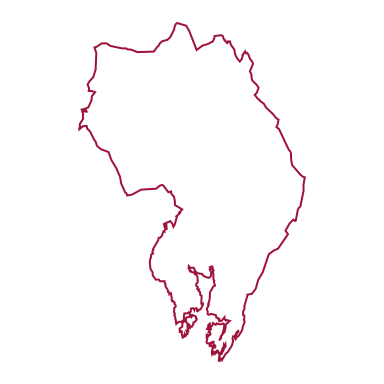 outline of Sarpsborg nor, Østfold, Norway
{"feature_id": "86288312B37493332543742", "entity_name": "Sarpsborg nor", "entity_type": "district", "adm_level": 2, "iso_a3": "NOR", "parent_name": "Norway", "parent_adm1": "Østfold", "projection": "albers", "projection_center": [11.136, 59.264], "detail": "fine", "context": "isolated", "style": "outline", "palette": "rose", "viewbox_px": 384, "rotation_deg": 0, "n_neighbors": 0, "source": "geoboundaries", "source_scale": "gbopen_adm2", "svg_char_len": 6004}
<svg xmlns="http://www.w3.org/2000/svg" viewBox="0 0 384 384"><path d="M300.4,206.4L303.6,190.5L303.5,184.7L304.8,177.3L303.2,176.9L300.5,174.8L292.2,165.2L291.2,160.1L290.9,153.0L290.4,151.6L288.8,149.8L279.0,129.0L276.4,127.1L277.6,124.6L278.5,119.6L276.1,118.0L273.1,114.2L266.2,107.7L263.7,103.6L259.6,100.6L259.6,99.9L258.1,99.1L254.7,94.9L256.8,92.8L258.6,87.7L256.4,84.5L252.4,80.7L251.7,78.3L251.3,74.2L249.9,71.3L253.0,63.9L252.1,61.4L250.1,59.1L248.2,54.2L247.1,52.9L246.1,53.4L245.1,51.3L242.7,54.8L243.0,55.0L241.6,59.2L239.8,61.5L237.2,58.4L235.5,55.3L234.7,52.5L234.5,49.8L230.8,44.6L230.0,41.4L227.5,41.5L227.3,42.0L227.7,42.7L227.2,43.1L224.4,40.1L224.7,39.9L223.4,38.3L223.0,36.3L221.4,35.2L214.6,36.0L214.3,38.0L212.9,41.4L208.1,43.9L202.5,45.6L196.7,50.0L189.2,30.9L186.2,25.7L177.1,23.0L175.7,24.2L174.5,27.0L174.2,29.3L170.4,37.0L167.5,39.8L162.3,41.2L159.6,43.6L158.6,45.8L157.0,47.1L153.8,51.6L137.5,52.1L131.0,49.6L127.6,49.4L126.1,48.4L122.1,48.4L110.2,45.9L107.1,43.6L105.0,43.3L101.4,43.5L96.9,46.7L94.5,47.4L96.3,53.1L95.6,69.6L93.3,77.1L89.6,81.1L87.6,84.5L89.1,88.3L88.7,91.0L91.6,90.9L95.1,92.2L91.9,96.2L91.4,100.6L88.2,107.5L82.8,109.5L86.3,110.5L86.6,111.6L84.6,111.5L82.4,109.7L82.2,111.8L83.1,113.5L82.8,117.5L83.2,118.7L80.0,123.7L79.6,125.3L80.2,126.6L79.2,128.4L79.3,129.4L82.9,126.2L86.6,125.9L87.1,128.4L90.1,131.6L94.1,139.6L95.7,141.8L96.8,145.5L97.7,146.6L101.0,149.2L108.6,152.1L111.2,159.7L116.3,168.2L120.0,176.7L121.2,183.5L125.2,192.5L126.3,193.1L127.2,195.5L132.0,194.6L141.2,189.6L156.1,188.7L159.6,185.8L162.1,184.9L163.6,185.8L168.3,192.2L171.1,191.5L171.3,193.7L174.0,196.7L174.9,201.4L174.9,205.0L182.2,209.4L179.3,212.4L180.1,212.7L179.5,213.5L176.3,216.3L176.9,216.9L174.6,224.9L173.4,226.8L172.4,223.8L170.3,221.1L163.9,224.0L164.7,227.1L165.8,226.3L165.9,224.4L166.3,224.5L166.7,228.9L165.3,229.2L164.5,230.7L164.5,231.8L163.4,231.4L161.8,235.9L160.1,237.8L158.7,237.8L158.2,240.2L153.0,249.1L153.4,249.8L152.3,251.9L153.1,253.4L151.1,254.6L151.1,257.4L150.3,258.6L149.8,262.0L150.4,268.7L152.7,272.6L152.6,275.0L153.1,276.0L155.8,279.6L158.8,279.6L160.1,281.3L164.6,281.2L164.9,283.7L165.5,284.0L165.5,286.3L167.9,290.3L168.0,292.0L169.4,292.4L169.3,294.3L171.0,293.5L171.9,299.3L171.6,299.8L172.2,301.4L173.2,301.1L174.7,302.7L174.4,303.8L175.6,305.3L175.7,306.6L174.1,308.1L174.3,310.3L173.8,312.0L174.8,313.4L174.5,314.6L174.8,315.1L174.4,315.5L175.4,317.8L175.4,319.6L176.0,320.2L175.8,321.8L176.3,324.0L178.6,321.8L181.1,321.8L183.2,320.7L184.1,318.4L183.8,316.4L184.4,313.4L187.7,313.3L188.7,312.3L189.6,313.4L190.8,311.4L190.8,309.2L191.3,308.4L193.4,308.3L194.2,309.8L194.3,309.0L196.5,308.2L196.9,309.8L197.4,309.9L197.1,311.0L197.4,311.3L198.6,310.5L198.7,309.8L200.3,309.5L202.8,305.4L202.8,303.5L201.6,304.2L201.3,303.5L201.6,295.7L200.3,295.0L200.0,291.9L198.6,291.0L199.1,289.4L197.4,289.2L197.2,288.4L197.8,287.1L196.2,285.7L196.2,283.9L197.8,282.1L197.5,277.0L196.2,274.3L194.9,274.3L194.3,272.8L190.2,271.5L190.7,270.7L189.1,269.5L188.6,268.1L188.8,266.1L190.5,267.9L193.6,267.7L194.5,269.1L194.6,270.8L195.2,270.9L195.4,272.3L196.3,272.3L196.2,272.9L202.3,274.0L202.5,274.9L203.5,275.9L208.2,277.9L209.9,277.3L211.0,275.8L211.2,272.5L209.7,269.3L210.3,268.2L209.3,266.5L210.5,267.7L210.8,266.6L212.5,266.6L212.8,269.4L212.3,269.5L213.6,270.3L212.8,271.7L213.1,272.9L212.3,273.0L213.1,273.0L213.4,273.9L213.4,279.6L214.3,280.5L213.9,281.7L215.0,285.6L213.4,286.4L210.0,292.3L209.7,298.5L209.0,302.1L208.6,302.4L208.8,304.4L208.2,304.3L208.1,306.9L207.0,308.0L206.8,309.1L207.7,311.6L207.6,314.2L209.1,314.8L210.9,313.9L215.6,315.0L216.1,315.6L216.2,317.5L219.3,318.7L219.4,319.2L218.6,319.6L219.3,321.2L221.5,320.9L224.5,317.3L224.5,319.0L225.9,320.6L226.7,320.0L229.8,320.9L225.5,324.7L225.7,327.0L224.7,331.7L221.1,336.1L221.3,337.4L220.8,338.8L219.1,340.3L220.7,337.7L220.7,336.4L222.4,334.1L223.9,328.6L224.2,324.4L223.4,323.5L220.1,324.4L216.7,323.4L216.5,324.3L215.5,324.8L213.1,323.0L212.2,325.7L210.7,326.7L210.0,325.8L209.8,323.6L208.3,325.0L208.1,327.2L207.0,329.1L208.4,329.3L208.4,328.3L210.3,326.8L210.7,327.9L210.3,328.6L210.9,329.2L208.6,332.0L210.0,332.5L210.5,333.8L210.2,334.7L208.0,336.2L208.1,333.7L207.4,336.4L206.7,335.5L206.6,337.4L207.6,337.3L206.5,342.1L207.0,343.2L208.8,343.5L213.5,341.7L213.7,342.0L209.7,345.1L209.7,345.8L210.6,345.3L212.2,346.9L214.1,344.5L215.4,346.0L215.1,347.4L213.5,347.4L212.4,349.2L211.8,352.1L212.1,354.2L213.1,352.4L213.6,353.5L214.3,352.0L214.7,352.3L214.8,351.2L215.2,353.1L215.6,352.2L216.1,352.6L217.0,350.6L218.1,350.9L218.3,352.9L219.1,354.2L221.7,351.3L222.5,348.4L223.8,346.6L223.9,344.7L224.4,345.5L224.1,346.6L225.4,344.1L225.6,346.3L223.4,349.7L223.4,350.8L222.6,351.3L221.8,353.8L220.3,354.4L219.1,356.7L218.8,360.7L219.7,361.0L220.3,358.2L222.0,360.1L222.5,358.4L223.0,358.4L225.5,354.0L227.8,352.0L231.9,345.5L233.1,341.1L232.5,338.5L233.1,336.3L234.5,336.7L236.7,332.2L238.2,330.9L238.5,331.6L236.6,333.6L236.8,334.0L235.3,336.9L235.1,338.7L235.6,339.3L236.3,337.7L238.7,335.8L242.2,330.1L242.7,327.0L244.7,321.7L243.8,319.8L244.3,318.9L244.3,315.4L243.1,315.0L243.1,311.7L244.5,308.8L244.4,306.0L247.4,295.7L247.3,294.7L251.9,293.8L255.8,288.6L258.1,280.1L262.8,272.1L268.8,254.2L273.7,250.6L278.1,248.6L288.0,234.2L285.5,230.7L289.6,223.4L293.4,219.6L295.2,221.0L295.8,220.6L297.7,210.3L298.5,208.4L300.4,206.4ZM190.4,315.4L189.6,314.3L190.1,316.8L186.2,317.5L185.9,318.6L186.2,322.1L184.9,320.8L182.5,322.8L182.2,326.7L179.6,328.6L179.6,330.0L180.1,331.1L179.4,332.8L180.8,330.9L181.7,331.2L182.0,334.9L182.7,337.6L183.7,337.1L184.6,334.3L185.1,336.2L186.0,335.7L186.3,334.4L187.6,333.9L186.4,330.8L188.2,331.4L188.1,328.2L187.7,328.2L188.0,327.4L187.3,326.7L187.6,323.4L189.2,324.6L190.2,327.9L191.2,326.4L192.0,326.6L193.1,324.5L193.6,325.0L193.3,324.3L193.4,322.5L194.7,322.1L196.7,319.6L196.8,319.0L195.9,318.2L196.1,317.1L195.4,316.2L192.7,315.2L191.5,317.0L191.2,316.5L191.4,315.1L190.4,315.4Z" fill="none" stroke="#9f1239" stroke-width="2"/></svg>